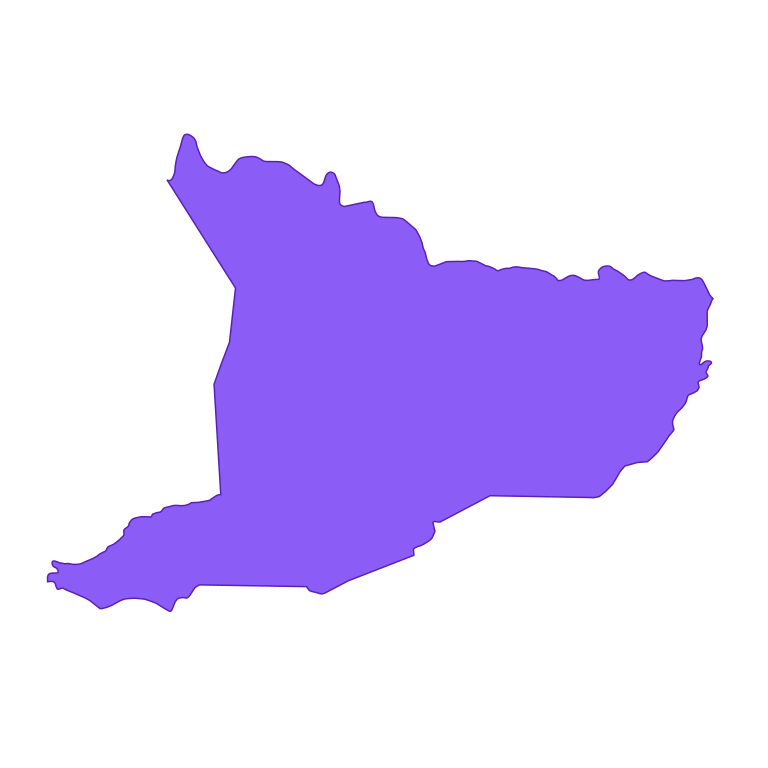 Goascoran, Valle, Honduras (Mercator projection), rotated 93°
{"feature_id": "27666195B50126770089567", "entity_name": "Goascoran", "entity_type": "district", "adm_level": 2, "iso_a3": "HND", "parent_name": "Honduras", "parent_adm1": "Valle", "projection": "mercator", "projection_center": [-87.718, 13.59], "detail": "fine", "context": "isolated", "style": "filled", "palette": "violet", "viewbox_px": 768, "rotation_deg": 93, "n_neighbors": 0, "source": "geoboundaries", "source_scale": "gbopen_adm2", "svg_char_len": 6082}
<svg xmlns="http://www.w3.org/2000/svg" viewBox="0 0 768 768"><g transform="rotate(93 384 384)"><path d="M582.3,409.2L553.5,345.2L552.2,345.3L548.5,345.9L547.5,345.8L546.8,345.4L546.1,344.7L545.4,343.5L544.5,341.6L543.4,338.7L542.0,336.1L537.7,330.1L536.4,328.8L535.1,327.9L532.1,326.7L528.4,325.4L527.2,325.7L525.5,326.3L520.4,327.7L519.7,327.7L519.1,327.3L518.8,326.8L518.6,326.1L518.9,323.3L518.9,320.8L490.0,272.3L486.6,173.4L486.6,168.9L485.2,163.2L479.4,156.8L472.0,150.3L458.9,143.5L453.3,139.2L449.2,127.1L447.8,116.8L443.3,112.1L437.6,106.9L423.8,98.3L421.5,97.1L415.8,92.8L414.7,92.3L414.0,92.1L410.0,93.4L407.7,93.8L405.8,93.9L403.8,93.3L400.9,92.1L398.2,90.6L396.5,89.3L391.4,84.6L387.7,82.2L386.2,81.5L380.8,80.2L379.7,79.8L378.8,78.8L376.7,74.4L374.3,70.8L372.4,69.7L370.8,69.2L368.6,69.6L366.6,70.4L365.9,70.4L365.3,70.1L364.7,69.5L364.0,68.5L362.8,65.4L361.5,63.1L360.3,61.6L359.3,61.0L358.8,61.0L358.3,61.2L356.0,62.9L355.5,63.0L354.9,62.9L353.4,62.4L351.9,61.6L348.8,60.8L346.3,58.2L345.6,58.1L344.9,58.4L344.3,59.2L344.1,60.0L344.0,61.9L344.3,63.6L345.2,65.3L347.8,68.1L348.2,69.1L348.2,69.5L347.9,69.9L346.8,70.2L344.4,69.7L340.4,68.4L336.1,68.5L334.2,68.2L333.0,67.8L332.0,67.7L329.5,68.0L326.5,68.9L324.0,69.5L322.6,69.6L321.5,69.5L318.9,68.6L316.2,67.0L313.6,65.6L310.7,64.6L308.9,64.3L306.6,64.3L296.4,65.0L294.1,65.0L292.3,64.4L286.8,62.0L283.4,61.1L281.5,59.9L280.0,61.7L278.1,63.3L266.7,69.6L263.4,71.7L262.3,72.9L261.7,74.1L261.5,75.8L261.8,77.9L262.2,79.2L263.5,81.8L265.0,88.9L265.3,96.5L265.3,100.9L266.0,104.8L266.4,109.3L265.6,112.4L262.2,122.7L260.4,126.4L258.9,128.7L258.7,129.8L259.3,131.8L260.6,134.2L262.5,136.9L264.9,139.2L266.5,141.2L266.9,142.0L267.4,143.5L267.2,144.8L266.7,146.1L266.1,146.8L264.6,148.2L263.1,150.1L259.0,156.8L257.1,161.1L255.1,163.6L254.6,164.8L254.4,166.4L254.6,168.9L255.4,171.3L256.7,173.3L258.6,175.0L260.0,175.7L261.6,175.8L262.7,175.6L265.0,174.8L267.0,174.5L267.9,174.8L268.4,175.5L268.4,177.5L269.8,185.7L269.9,188.5L269.7,189.7L269.2,191.0L267.1,195.3L266.1,197.8L265.7,199.5L265.6,201.5L266.0,203.5L266.9,205.6L270.9,211.7L271.3,213.1L271.5,214.5L271.4,215.7L271.1,216.3L270.7,216.6L269.7,217.1L267.3,220.0L266.3,222.2L263.8,226.6L263.1,228.6L262.6,232.1L261.4,236.5L261.0,241.2L260.6,252.4L260.1,256.3L260.1,258.5L260.6,261.3L261.9,264.8L262.1,268.1L262.5,269.6L263.5,272.9L264.7,275.2L264.9,276.4L264.5,277.7L263.2,279.7L261.6,283.8L260.9,286.0L260.6,288.4L260.3,289.3L256.6,297.7L256.4,305.9L257.2,309.3L257.6,312.4L257.7,316.4L258.5,327.6L259.6,330.5L262.0,335.7L263.5,339.3L263.7,340.8L263.4,343.0L262.9,344.3L262.4,345.1L260.3,346.4L256.9,347.8L250.1,349.9L247.2,351.5L245.7,352.1L240.6,353.5L235.6,355.8L230.3,358.9L228.1,360.5L226.9,361.9L219.0,372.3L218.3,373.6L217.8,375.0L217.3,378.5L217.2,381.6L217.6,393.7L217.4,395.9L216.8,397.9L216.2,398.9L215.3,399.8L213.0,401.4L212.1,401.9L205.5,403.9L204.3,404.4L202.8,405.3L202.5,405.9L202.2,406.6L202.2,407.5L203.4,411.3L203.6,413.3L204.2,415.6L208.7,432.5L208.7,433.4L208.4,434.7L207.8,435.9L207.2,436.8L206.1,437.6L204.0,438.1L196.2,438.1L193.9,438.0L188.3,439.1L177.5,443.9L176.6,444.6L175.8,445.9L175.3,447.4L175.2,448.7L175.7,450.0L176.6,451.2L177.9,452.3L179.7,453.2L185.4,454.6L187.5,455.6L188.4,456.4L188.8,457.3L189.1,458.4L189.2,460.1L188.1,463.8L187.7,464.6L174.6,484.6L172.7,487.3L170.7,489.7L169.5,492.2L167.8,497.1L167.6,498.7L167.5,502.3L168.0,512.5L167.8,515.3L167.4,516.7L165.8,519.1L164.3,522.6L163.8,524.5L163.7,527.1L164.0,530.5L164.7,534.8L165.3,537.4L166.2,539.6L167.1,540.9L168.5,542.2L176.4,547.3L177.9,548.5L179.6,550.4L180.6,551.9L181.3,553.7L181.6,555.7L181.5,557.7L180.2,560.7L179.0,564.1L176.3,570.2L175.5,571.6L174.4,572.9L172.0,575.0L165.6,579.2L156.7,583.2L151.8,584.5L149.3,585.9L148.3,586.8L147.2,588.2L146.3,589.6L145.5,591.1L145.1,592.2L144.9,593.2L145.0,594.2L145.3,595.2L145.7,596.1L146.2,596.7L148.5,597.7L151.1,598.4L156.2,599.4L168.2,602.6L172.5,603.3L177.2,603.8L183.0,604.0L185.5,604.5L187.8,605.3L190.4,606.5L191.1,607.1L191.7,607.9L192.1,608.8L192.2,609.7L191.9,610.6L191.4,611.4L276.7,551.0L295.9,537.3L350.5,540.5L373.3,547.8L393.1,553.7L503.1,541.2L503.2,543.1L504.1,545.3L507.4,549.8L508.8,551.4L509.3,552.2L509.7,553.5L511.9,562.9L512.6,570.0L512.8,570.5L513.8,571.8L514.5,573.1L515.2,574.8L515.7,576.5L516.1,579.9L516.1,585.2L516.3,587.4L516.7,589.1L517.6,591.6L518.9,596.2L519.6,597.5L522.3,599.4L523.4,600.5L523.7,601.1L524.5,604.8L525.2,605.9L525.6,607.3L526.0,608.1L526.5,608.5L528.4,609.2L528.9,609.7L529.2,619.2L530.4,623.9L531.1,626.2L531.7,627.5L532.9,628.9L534.9,630.3L536.8,631.3L538.5,631.5L539.7,632.2L540.5,633.0L542.6,635.6L543.3,636.0L544.3,636.2L546.9,635.8L548.5,635.9L549.6,636.6L552.2,639.1L553.5,640.1L558.0,645.3L558.8,646.7L560.8,650.7L562.5,652.0L564.4,652.6L565.6,653.7L568.7,659.1L570.9,661.5L573.3,665.2L576.8,672.4L579.1,676.8L579.8,678.8L580.2,681.3L580.4,685.4L579.9,688.9L579.8,690.8L580.2,692.6L580.2,693.6L579.8,696.0L579.6,698.7L578.8,700.7L578.0,703.6L578.1,704.8L578.4,705.6L579.2,706.0L580.2,706.1L581.5,705.8L582.5,705.4L583.5,704.6L584.8,701.9L585.8,700.7L587.3,699.7L588.6,699.5L589.4,699.9L589.9,700.8L590.0,703.8L590.3,706.2L590.9,707.9L591.7,709.0L592.6,709.5L594.1,709.9L599.1,709.6L598.6,706.4L598.5,704.5L598.7,703.9L599.4,702.8L600.4,701.9L602.5,701.2L604.3,700.4L605.5,699.8L605.9,699.3L606.0,698.8L605.9,698.1L604.7,694.9L604.8,693.8L605.4,692.2L606.5,690.0L608.6,683.7L613.0,672.0L614.5,668.7L615.8,666.2L623.1,655.9L623.1,654.4L622.4,651.8L621.5,649.1L619.2,644.1L614.5,636.6L613.5,634.7L612.6,632.6L612.1,630.8L611.6,627.7L611.0,621.8L611.1,617.0L611.4,611.9L612.1,608.9L613.9,602.9L614.9,599.9L619.8,591.2L621.7,587.3L622.1,586.3L622.2,585.8L622.0,585.2L621.7,584.7L620.4,583.9L612.9,581.3L611.2,580.4L609.8,579.4L608.8,578.0L608.1,575.9L607.8,572.9L608.1,570.4L607.9,569.4L607.6,568.9L606.7,567.9L604.6,566.4L597.5,562.3L595.6,559.9L594.7,558.6L594.4,558.0L594.2,556.5L590.4,450.8L593.8,448.1L594.4,447.1L594.9,445.5L595.7,441.1L596.6,437.6L596.9,435.2L596.4,433.3L595.2,430.9L582.3,409.2Z" fill="#8b5cf6" stroke="#5b21b6" stroke-width="1.5"/></g></svg>